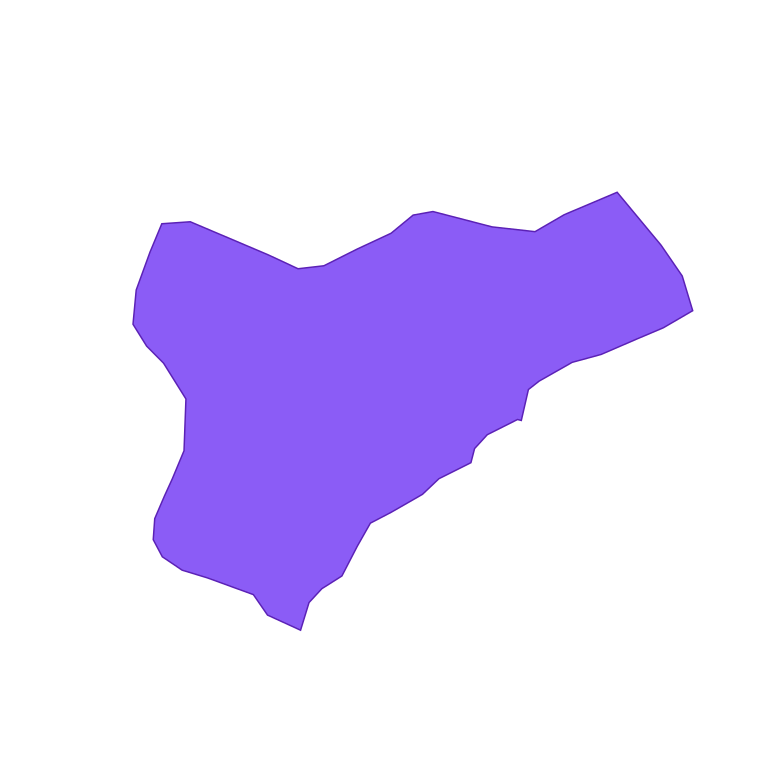 outline of Siheung-si, Gyeonggi, South Korea, rotated 200°
{"feature_id": "91817680B37911583032119", "entity_name": "Siheung-si", "entity_type": "district", "adm_level": 2, "iso_a3": "KOR", "parent_name": "South Korea", "parent_adm1": "Gyeonggi", "projection": "mercator", "projection_center": [126.793, 37.381], "detail": "fine", "context": "isolated", "style": "filled", "palette": "violet", "viewbox_px": 768, "rotation_deg": 200, "n_neighbors": 0, "source": "geoboundaries", "source_scale": "gbopen_adm2", "svg_char_len": 855}
<svg xmlns="http://www.w3.org/2000/svg" viewBox="0 0 768 768"><g transform="rotate(200 384 384)"><path d="M242.5,396.7L246.4,428.2L239.2,439.8L214.6,468.7L190.0,486.1L162.4,512.2L140.7,532.4L119.0,558.5L140.7,587.5L171.1,609.2L230.5,643.9L272.5,604.8L294.2,578.8L336.2,568.6L397.0,562.8L414.4,552.7L428.9,528.1L455.0,502.0L481.0,474.5L504.2,462.9L537.5,465.8L621.5,470.2L647.6,458.6L648.8,431.9L649.0,428.2L649.0,387.6L640.3,354.3L638.9,353.2L620.0,338.4L598.3,328.2L565.0,302.2L549.1,252.9L550.5,222.5L552.0,203.7L553.4,179.1L547.6,158.8L533.2,145.8L524.3,143.6L510.0,140.0L483.9,141.4L453.5,141.4L434.7,141.4L414.4,127.0L378.2,124.1L379.7,153.0L372.4,170.4L357.9,189.2L353.6,222.5L349.2,248.6L333.3,266.0L310.1,293.5L300.0,313.8L275.4,339.8L276.8,354.3L269.6,371.7L246.4,396.3L242.5,396.7Z" fill="#8b5cf6" stroke="#5b21b6" stroke-width="1.5"/></g></svg>